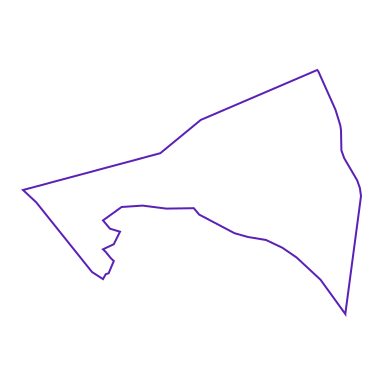 Dakar, Albers equal-area conic projection
{"feature_id": "SEN-759", "entity_name": "Dakar", "entity_type": "Region", "adm_level": 1, "iso_a3": "SEN", "parent_name": "Senegal", "parent_adm1": "", "projection": "albers", "projection_center": [-17.3, 14.755], "detail": "fine", "context": "isolated", "style": "outline", "palette": "violet", "viewbox_px": 384, "rotation_deg": 0, "n_neighbors": 0, "source": "natural_earth", "source_scale": "10m", "svg_char_len": 614}
<svg xmlns="http://www.w3.org/2000/svg" viewBox="0 0 384 384"><path d="M345.3,314.0L320.5,279.7L296.6,257.5L282.3,247.7L266.0,240.0L247.9,237.0L234.5,233.2L199.2,214.6L193.8,208.2L166.4,208.6L142.5,205.6L121.6,207.0L103.0,220.4L110.0,228.7L120.0,231.7L113.8,244.2L103.0,249.3L105.8,252.0L110.9,258.3L113.8,261.0L108.6,273.3L105.8,274.1L103.0,279.1L92.0,272.0L36.2,202.3L23.0,190.0L160.3,153.2L200.8,119.9L317.2,70.0L318.3,71.3L335.5,109.8L340.3,125.4L341.0,130.1L341.4,150.4L344.2,158.2L357.2,180.4L359.9,188.1L361.0,196.1L345.4,313.3L345.3,313.8L345.3,314.0Z" fill="none" stroke="#5b21b6" stroke-width="2"/></svg>